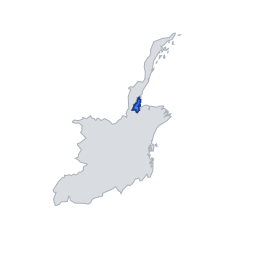 Thaton, Mon, Myanmar shown in context, rotated 218°
{"feature_id": "60261553B13890911859525", "entity_name": "Thaton", "entity_type": "district", "adm_level": 2, "iso_a3": "MMR", "parent_name": "Myanmar", "parent_adm1": "Mon", "projection": "albers", "projection_center": [97.318, 17.108], "detail": "fine", "context": "in_parent", "style": "filled", "palette": "blue", "viewbox_px": 256, "rotation_deg": 218, "n_neighbors": 0, "source": "geoboundaries", "source_scale": "gbopen_adm2", "svg_char_len": 6697}
<svg xmlns="http://www.w3.org/2000/svg" viewBox="0 0 256 256"><g transform="rotate(218 128 128)"><path d="M165.0,114.7L162.5,113.5L160.7,114.6L157.9,114.2L158.2,116.7L156.7,117.5L153.8,117.3L152.2,121.0L146.3,122.0L142.5,121.3L140.4,124.6L140.2,128.4L139.2,130.7L139.6,134.6L137.1,135.6L135.6,135.4L136.4,137.2L138.4,138.0L139.6,142.0L139.2,143.6L147.2,152.9L149.7,160.3L151.6,159.3L152.2,160.0L151.4,162.0L149.0,163.5L148.6,171.2L144.6,173.1L144.7,175.7L145.2,177.6L148.8,182.7L152.9,186.2L155.2,190.0L155.7,195.5L155.1,197.8L156.2,201.1L158.3,203.3L160.7,211.9L156.1,219.7L151.2,224.7L150.6,230.1L149.1,231.9L148.3,230.2L147.9,224.6L150.3,221.1L151.0,214.2L152.5,212.7L151.7,212.1L149.8,212.5L150.4,207.0L149.3,206.8L150.2,205.6L149.0,196.4L145.3,189.9L144.8,187.1L144.2,190.9L143.8,190.1L143.7,185.0L141.5,179.4L141.7,178.9L142.7,179.4L141.8,178.2L141.1,178.4L140.5,177.1L139.3,165.5L137.9,163.9L138.5,158.9L139.5,157.6L135.6,158.1L133.8,153.9L133.7,151.6L129.9,148.1L130.6,149.2L129.9,150.4L130.5,152.3L129.0,156.0L127.4,157.6L125.3,158.3L123.7,157.3L123.3,155.3L122.7,155.3L124.1,159.0L118.0,162.1L117.0,164.3L113.8,167.1L112.9,166.7L113.4,162.9L111.5,165.9L108.9,166.0L108.4,161.8L107.4,164.2L105.9,165.0L106.4,158.1L106.0,160.1L103.5,162.8L101.1,163.6L101.7,157.9L105.0,149.0L105.3,146.0L103.7,138.8L101.0,132.7L101.8,132.6L100.0,130.8L99.8,126.3L98.6,127.9L98.4,130.7L96.0,129.2L93.8,125.3L94.8,124.9L97.4,126.8L98.9,125.8L99.3,124.6L95.2,120.7L96.3,119.1L94.9,119.1L91.4,117.2L90.4,117.6L90.8,119.2L90.0,119.6L88.7,117.1L89.8,115.9L88.9,115.9L89.5,113.7L89.2,113.4L87.5,116.2L86.5,115.5L87.6,114.1L87.2,113.2L85.7,111.5L85.8,114.5L82.2,109.7L80.3,103.1L81.9,101.4L84.7,103.4L84.7,95.4L85.9,93.7L88.8,95.2L89.7,93.2L90.8,92.7L90.2,87.1L91.2,83.6L93.1,83.0L93.6,80.1L94.0,76.3L93.1,71.9L94.9,73.0L96.9,72.6L101.5,74.2L103.3,69.2L107.8,61.0L106.2,59.1L106.5,58.0L110.3,53.7L112.3,49.9L111.5,46.4L112.4,43.6L115.8,41.9L123.4,36.3L129.0,35.5L131.2,37.7L132.8,38.0L130.5,32.7L135.2,28.7L135.0,25.6L137.3,22.3L138.5,22.5L139.6,24.1L140.8,24.1L143.0,26.4L145.1,33.1L146.7,31.8L148.7,32.8L149.7,42.6L149.2,48.3L147.9,49.6L148.9,52.0L146.9,52.8L145.6,55.1L143.6,55.3L142.2,58.4L140.2,58.9L139.1,61.4L139.4,63.2L137.8,64.3L137.2,67.5L138.7,68.8L139.1,70.5L137.6,74.1L138.9,74.2L144.4,71.8L148.3,72.2L150.9,71.6L149.3,74.1L150.9,77.3L151.3,82.2L157.2,83.5L158.1,84.7L156.8,86.3L154.9,94.2L162.6,95.2L162.9,98.3L164.5,99.4L164.8,101.1L165.8,101.6L170.0,101.5L172.4,99.3L175.5,98.4L175.7,100.1L175.0,101.4L171.6,103.2L169.3,106.9L169.2,107.7L170.3,108.4L166.3,109.9L165.0,114.7ZM96.3,123.2L98.7,124.7L98.2,125.8L96.7,125.8L95.5,123.9L96.3,123.2ZM146.1,201.9L147.7,204.2L146.1,205.8L146.1,201.9ZM95.8,133.1L94.5,132.2L93.7,131.0L96.4,131.1L95.8,133.1ZM148.5,211.8L148.6,214.8L147.5,214.5L146.9,212.0L148.5,211.8ZM104.8,163.7L103.1,165.6L102.9,163.9L105.3,161.5L104.8,163.7ZM137.8,161.2L136.8,160.6L136.7,158.8L137.5,158.3L138.1,159.2L137.8,161.2ZM145.1,215.5L144.9,214.5L146.0,212.1L145.8,214.2L145.1,215.5ZM144.6,221.2L146.0,223.4L145.7,223.9L144.4,222.1L143.6,222.2L144.6,221.2ZM149.5,210.1L148.0,210.7L147.9,208.6L149.5,210.1ZM146.0,231.7L144.1,233.7L144.3,232.6L146.0,231.7ZM88.3,117.4L88.9,119.9L87.8,117.0L88.3,117.4ZM146.1,197.1L146.0,199.0L145.5,195.9L146.1,197.1ZM93.9,119.3L94.1,120.9L93.1,118.6L93.9,119.3ZM144.2,207.9L143.0,207.0L143.4,206.3L144.0,206.4L144.2,207.9ZM143.4,205.2L142.7,206.4L141.9,205.7L142.5,205.1L143.4,205.2ZM143.6,212.6L143.6,213.7L142.8,211.2L143.6,212.6ZM107.4,166.0L106.6,165.9L107.7,164.7L107.8,165.1L107.4,166.0ZM148.8,221.4L148.1,221.2L148.6,219.9L148.8,221.4Z" fill="#d9dde1" stroke="#a8b0b8" stroke-width="1"/><path d="M130.2,148.8L130.3,148.8L130.3,149.0L130.5,149.2L130.8,149.1L131.0,149.3L130.9,149.6L130.9,149.8L131.0,150.0L131.3,150.3L131.9,150.6L132.0,150.7L132.2,151.0L132.3,151.3L132.2,151.5L132.1,151.9L132.0,152.1L131.9,152.3L131.8,152.5L132.0,152.7L132.0,152.8L132.2,153.1L132.4,153.5L132.6,153.7L132.9,153.3L132.9,153.0L132.7,152.8L132.7,152.7L132.8,152.5L132.9,152.2L132.8,151.9L132.9,151.6L133.0,151.3L133.3,151.3L133.2,151.4L133.2,151.5L133.4,151.9L133.4,152.0L133.4,152.3L133.5,152.4L133.4,152.5L133.4,152.8L133.4,153.1L133.4,153.3L133.6,153.5L133.7,153.9L133.7,154.0L133.8,154.0L133.9,154.5L134.0,154.7L134.0,155.1L134.0,155.3L133.9,155.7L134.0,155.8L134.1,156.0L134.1,156.3L134.4,156.6L134.5,156.5L134.4,156.5L134.4,156.4L134.6,156.6L134.8,156.7L135.0,156.6L135.1,156.9L135.1,157.1L135.2,157.4L135.2,157.5L135.3,157.6L135.4,157.8L135.3,158.1L135.5,158.3L135.9,158.1L136.0,158.1L136.4,157.9L136.6,158.0L136.8,158.0L137.0,158.0L137.0,157.9L137.3,157.9L137.5,158.0L137.8,158.0L138.0,158.1L138.3,158.1L138.2,157.7L138.2,157.0L138.3,156.9L138.2,156.8L138.2,156.6L138.1,156.4L137.9,156.1L137.8,155.9L137.6,155.9L137.6,155.7L137.6,155.3L137.6,155.2L137.4,155.1L137.1,154.9L137.1,154.7L136.9,154.5L136.8,154.4L136.8,154.2L136.7,154.2L136.7,153.7L136.8,153.4L136.7,153.4L136.6,153.2L136.4,153.0L136.4,152.9L136.5,152.9L136.3,152.8L136.3,152.7L136.5,152.7L136.4,152.6L136.5,152.5L136.5,152.4L136.4,152.4L136.5,152.4L136.6,152.2L136.8,152.1L136.7,152.0L136.7,151.9L136.6,151.7L136.7,151.8L136.8,151.7L136.9,151.4L137.0,151.4L137.0,151.5L137.1,151.4L137.2,151.2L137.0,150.9L136.9,150.8L136.9,150.7L136.9,150.4L137.1,150.3L137.0,150.2L136.9,150.1L137.0,150.0L136.9,150.0L136.9,149.9L136.9,149.7L136.7,149.7L136.8,149.6L136.9,149.4L137.0,149.4L137.0,149.2L136.9,149.1L136.9,148.9L136.7,148.8L136.7,148.7L136.7,148.8L136.6,148.7L136.6,148.4L136.4,148.2L136.3,147.9L136.3,147.7L136.2,147.5L136.2,147.4L136.3,147.1L136.2,147.0L136.2,146.8L136.3,146.8L136.3,146.6L136.2,146.5L136.1,146.4L135.9,146.3L135.8,146.2L135.7,146.0L135.7,145.8L135.7,145.7L135.5,145.4L135.6,145.2L135.7,144.9L135.8,144.9L135.9,144.7L136.0,144.6L135.9,144.5L135.7,144.6L135.5,145.0L135.4,145.0L135.2,145.3L135.1,145.5L135.0,145.8L135.0,146.0L134.9,146.0L134.9,145.9L134.7,145.9L134.4,145.8L134.3,146.0L134.1,146.1L134.1,146.3L134.1,146.5L133.9,146.5L134.0,146.6L133.8,146.6L133.5,146.8L133.4,146.9L133.1,146.9L133.0,147.0L132.9,147.1L132.7,147.2L132.5,146.9L132.6,146.7L132.3,146.5L132.2,146.4L132.1,146.2L131.9,146.2L131.7,146.0L131.6,145.9L131.5,145.7L131.3,145.7L131.2,145.8L131.1,145.7L130.9,145.6L130.7,145.7L130.4,145.7L130.3,145.8L130.2,145.8L130.2,146.0L130.1,146.5L130.2,146.9L130.2,147.0L130.2,147.7L130.3,148.0L130.4,148.4L130.4,148.5L130.2,148.8ZM138.0,158.2L137.8,158.0L137.7,158.1L137.7,158.3L137.8,158.2L137.7,158.1L137.8,158.1L138.0,158.4L138.0,158.2ZM137.2,158.1L137.4,158.0L137.3,157.9L137.2,157.9L137.0,158.0L137.2,158.1ZM137.3,158.2L137.2,158.2L137.4,158.3L137.4,158.2L137.5,158.3L137.6,158.2L137.3,158.2Z" fill="#3b82f6" stroke="#1e3a8a" stroke-width="1.5"/></g></svg>